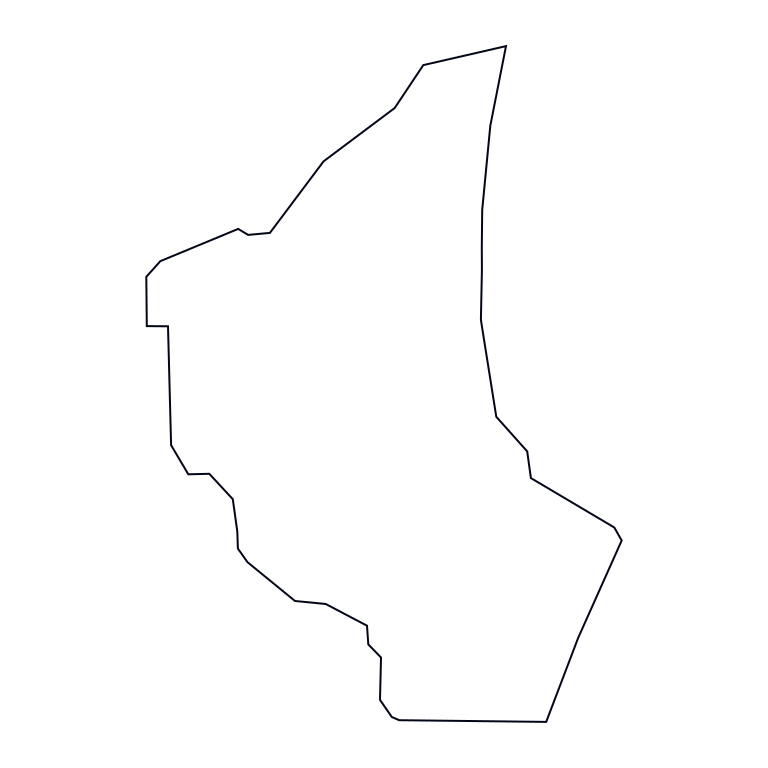 the district of St. Charles, Louisiana, United States of America
{"feature_id": "52423323B77626952716253", "entity_name": "St. Charles", "entity_type": "district", "adm_level": 2, "iso_a3": "USA", "parent_name": "United States of America", "parent_adm1": "Louisiana", "projection": "albers", "projection_center": [-90.368, 29.928], "detail": "fine", "context": "isolated", "style": "outline", "palette": "ink", "viewbox_px": 768, "rotation_deg": 0, "n_neighbors": 0, "source": "geoboundaries", "source_scale": "gbopen_adm2", "svg_char_len": 616}
<svg xmlns="http://www.w3.org/2000/svg" viewBox="0 0 768 768"><path d="M506.0,46.1L423.3,65.1L394.7,108.0L323.6,161.3L269.9,232.9L248.1,234.9L238.2,228.9L160.4,261.1L146.3,276.8L146.8,326.1L168.0,326.3L171.1,445.2L188.3,474.3L209.3,473.8L232.8,499.2L237.3,531.5L237.9,548.6L247.5,562.2L295.0,601.0L325.7,604.0L367.0,625.7L368.3,644.4L381.0,657.5L380.0,699.9L391.8,717.0L399.2,720.2L546.2,721.9L578.2,637.8L621.7,540.5L614.3,527.5L530.9,478.1L527.2,451.4L496.3,416.8L481.9,326.3L480.9,319.7L481.9,270.7L481.8,246.7L482.2,210.9L482.2,210.0L490.3,125.8L506.0,46.1Z" fill="none" stroke="#020617" stroke-width="2"/></svg>